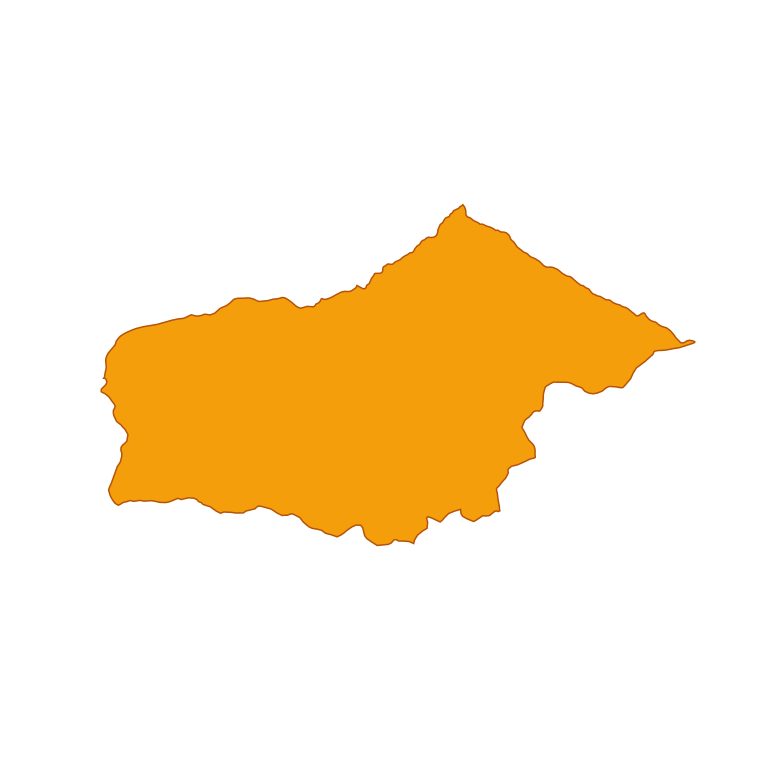 the district of Korphu, Tongsa, Bhutan, rotated 332°
{"feature_id": "84629894B58410761625070", "entity_name": "Korphu", "entity_type": "district", "adm_level": 2, "iso_a3": "BTN", "parent_name": "Bhutan", "parent_adm1": "Tongsa", "projection": "robinson", "projection_center": [90.525, 27.213], "detail": "fine", "context": "isolated", "style": "filled", "palette": "amber", "viewbox_px": 768, "rotation_deg": 332, "n_neighbors": 0, "source": "geoboundaries", "source_scale": "gbopen_adm2", "svg_char_len": 6160}
<svg xmlns="http://www.w3.org/2000/svg" viewBox="0 0 768 768"><g transform="rotate(332 384 384)"><path d="M91.3,364.5L92.7,366.4L98.4,366.2L102.1,367.2L105.0,367.6L108.1,370.2L113.7,372.1L117.2,374.8L123.6,377.7L126.5,379.8L130.4,383.2L135.6,386.2L139.4,387.3L148.3,388.2L150.9,390.9L153.1,391.4L158.1,392.8L162.4,395.5L164.5,398.1L165.1,400.8L166.9,402.9L167.7,405.4L173.0,410.9L176.3,417.6L179.0,421.4L182.4,421.8L188.4,425.3L192.7,428.4L199.3,431.8L202.7,431.4L211.4,433.6L213.9,432.9L216.1,432.9L218.4,434.6L225.2,441.0L226.6,443.2L229.0,447.7L232.4,452.3L235.2,453.5L237.2,454.6L239.9,454.8L241.9,455.4L244.2,458.3L247.0,462.5L248.0,468.3L250.6,474.7L252.9,477.8L257.1,481.0L260.2,483.9L262.3,488.3L267.3,493.0L270.8,496.9L274.6,497.1L279.0,496.7L282.5,495.8L289.1,495.1L293.2,495.5L297.2,497.9L297.7,501.0L295.7,508.9L296.2,512.3L299.0,517.8L302.1,523.3L312.4,527.6L315.6,527.8L319.6,526.3L321.8,527.2L323.1,529.4L328.1,532.2L332.5,535.1L335.3,538.8L337.7,536.1L342.6,533.2L349.2,531.9L354.3,531.6L357.6,526.6L358.7,522.3L360.3,521.7L362.9,524.3L368.8,532.2L372.1,531.5L374.6,530.4L380.3,528.7L386.3,529.3L392.7,530.6L391.1,534.8L391.3,537.7L393.7,541.6L398.6,547.5L401.2,547.5L409.5,546.7L411.1,547.9L415.3,549.7L422.0,548.4L423.6,548.8L424.7,550.1L426.8,550.4L427.0,549.2L428.3,546.4L430.5,539.4L432.8,533.5L433.6,530.4L434.1,529.4L434.8,528.8L437.8,528.0L442.4,525.9L447.2,524.2L448.1,523.6L451.4,521.3L452.1,520.6L452.8,518.6L453.5,517.8L454.4,517.3L457.3,516.6L458.4,516.6L464.3,518.1L473.3,518.7L477.4,518.8L482.4,520.0L483.2,519.7L484.0,517.7L486.5,513.0L487.1,511.0L487.4,508.9L487.1,506.8L485.6,501.8L485.5,500.7L485.4,497.6L485.6,493.3L485.4,488.0L485.5,487.0L490.2,483.0L491.1,482.4L493.0,481.7L496.0,481.4L497.0,481.2L497.9,480.7L499.8,480.2L501.6,479.2L502.6,478.9L503.6,478.8L505.6,479.0L508.1,480.7L509.1,480.9L511.8,479.5L513.5,478.3L514.1,477.5L515.1,475.6L518.0,471.3L519.5,468.5L520.7,466.9L524.3,463.1L525.1,462.5L526.1,462.1L532.1,461.8L534.1,461.9L535.1,462.2L546.7,468.6L548.3,469.9L549.7,471.4L552.6,475.8L556.2,479.4L556.8,480.3L557.2,481.3L557.8,484.4L558.9,486.1L560.9,488.5L564.2,490.9L568.1,492.1L572.1,492.6L574.1,492.6L578.1,491.7L581.1,491.8L582.1,492.1L587.3,495.3L591.4,498.5L592.3,499.0L593.2,499.2L595.2,498.7L604.1,495.2L609.0,491.4L614.3,488.3L625.3,486.6L632.2,484.8L635.2,484.2L637.6,482.3L638.6,482.1L642.4,483.4L645.1,484.8L649.8,486.7L657.6,489.1L661.4,490.5L675.3,493.0L677.4,493.2L678.2,492.9L677.6,491.6L676.5,490.5L674.2,488.8L671.6,488.1L668.9,488.4L667.3,488.1L665.4,486.9L663.5,480.5L663.2,478.8L663.2,477.5L662.4,473.6L661.5,470.3L660.9,469.5L660.5,468.2L659.7,467.0L656.0,463.2L654.2,460.3L653.5,458.2L653.0,457.1L649.8,453.9L649.0,452.5L648.3,451.1L647.4,447.1L647.4,444.4L647.0,443.4L646.3,443.0L645.5,442.8L640.8,443.1L639.9,442.8L639.0,442.2L638.2,440.9L637.8,439.3L636.3,436.1L635.0,432.6L633.5,430.1L631.4,428.1L630.4,427.0L629.5,425.1L626.8,422.6L624.3,419.5L623.2,416.8L622.6,415.8L621.7,415.1L620.0,414.2L619.4,413.7L616.0,408.2L614.0,406.6L612.2,404.1L610.9,402.7L610.1,400.5L609.4,396.2L608.9,395.5L607.5,394.0L605.9,390.5L604.2,389.3L602.5,385.8L600.5,380.6L599.8,378.4L598.7,376.5L596.8,375.1L595.8,374.0L593.3,369.9L591.2,364.6L588.3,360.8L586.6,359.4L582.6,357.3L581.1,355.4L580.5,354.3L579.0,349.3L578.5,348.0L577.0,345.8L576.8,345.0L573.0,340.3L571.7,336.4L571.4,335.7L569.2,333.1L568.3,330.8L566.1,326.0L565.8,324.5L565.3,319.7L564.5,317.8L563.8,315.6L564.1,314.6L564.2,311.4L563.5,309.0L562.9,307.9L561.3,306.3L558.4,304.5L556.6,301.5L554.7,300.8L553.7,298.6L551.5,295.4L549.2,293.3L545.9,289.0L543.9,288.1L542.9,285.9L540.1,282.2L537.8,277.2L536.5,276.3L536.2,275.6L535.8,274.1L535.7,273.3L537.4,269.7L538.0,267.4L538.2,265.1L537.8,262.7L537.1,263.0L534.1,263.2L532.7,263.8L531.9,263.9L526.6,263.7L524.7,265.0L522.5,265.1L520.6,266.5L519.9,266.8L517.7,266.4L516.2,266.4L514.1,267.4L511.5,269.1L509.3,269.4L507.9,270.0L504.1,273.1L502.3,275.5L501.2,276.7L499.9,277.4L498.5,277.8L497.0,277.7L495.5,277.3L494.1,276.6L492.2,275.3L491.5,275.1L490.0,275.1L487.8,275.7L485.5,275.4L484.0,275.7L480.7,277.6L478.4,277.6L474.9,279.0L473.0,280.4L470.9,281.3L470.1,281.1L468.8,280.4L468.0,280.4L465.8,280.8L462.8,280.7L459.8,281.0L456.8,281.8L451.5,281.5L450.0,281.7L449.4,282.0L447.8,282.2L446.4,281.7L443.9,279.9L443.1,279.8L440.9,280.3L438.6,280.3L437.5,281.1L435.8,283.7L434.5,284.5L433.8,284.6L432.3,284.3L428.2,282.2L427.5,282.2L424.9,283.9L422.8,284.7L417.9,288.5L415.7,288.6L414.9,288.9L413.3,290.5L412.6,290.7L411.1,290.6L410.4,290.2L409.9,289.6L406.4,284.3L405.3,285.3L403.9,285.9L399.4,286.4L397.9,286.3L396.4,285.9L392.4,283.6L389.5,282.8L384.2,282.7L378.9,282.8L375.1,282.5L372.8,282.1L370.8,281.1L369.2,279.4L368.5,279.4L366.7,280.8L364.5,281.6L363.8,281.7L361.5,281.5L360.0,282.4L358.8,282.7L357.9,282.7L352.7,279.4L346.8,278.2L345.9,277.8L345.1,277.1L343.2,274.6L342.4,272.7L340.9,268.7L339.1,264.9L337.5,262.2L336.1,260.7L334.4,259.7L330.4,258.9L325.7,257.0L320.7,255.9L313.1,252.8L311.5,251.6L308.4,247.4L305.3,244.7L303.5,243.7L300.7,242.5L295.2,239.7L293.8,239.3L291.8,238.8L290.8,238.8L285.9,240.2L281.9,240.8L274.8,240.3L267.9,242.0L262.9,241.4L258.8,238.4L257.8,238.0L255.8,237.9L251.9,236.9L249.3,235.2L246.3,232.4L239.2,232.1L237.2,231.7L233.4,230.1L226.6,228.1L211.8,224.9L198.3,220.4L191.4,218.7L186.4,218.0L180.3,217.6L176.2,217.7L173.3,218.1L171.3,218.8L168.5,220.1L167.6,220.6L165.4,222.8L164.6,223.4L155.1,227.2L153.4,228.3L151.8,229.6L150.4,231.1L149.2,232.8L147.6,236.7L146.2,239.6L143.5,242.6L140.3,246.8L139.2,247.3L140.1,247.9L140.6,248.8L140.6,250.9L140.3,251.9L138.9,253.4L138.0,254.0L132.2,255.8L130.9,257.4L130.9,258.5L131.4,259.4L132.1,260.1L133.3,261.9L134.9,265.7L135.2,266.8L135.8,272.0L136.4,275.1L136.4,276.2L136.2,277.2L135.6,278.1L134.9,278.8L133.1,279.9L132.4,280.6L131.0,283.5L130.6,285.5L130.3,290.8L130.8,292.8L132.6,296.7L132.9,298.5L133.9,301.9L134.1,303.6L134.2,308.2L133.9,308.8L130.2,313.6L128.0,314.5L124.3,315.3L122.0,316.6L120.5,319.2L120.0,322.0L118.7,324.5L114.4,329.2L109.9,331.6L97.2,343.1L92.3,347.0L91.0,348.5L89.9,353.7L89.8,355.8L89.9,358.6L90.4,362.6L91.3,364.5Z" fill="#f59e0b" stroke="#b45309" stroke-width="1.5"/></g></svg>